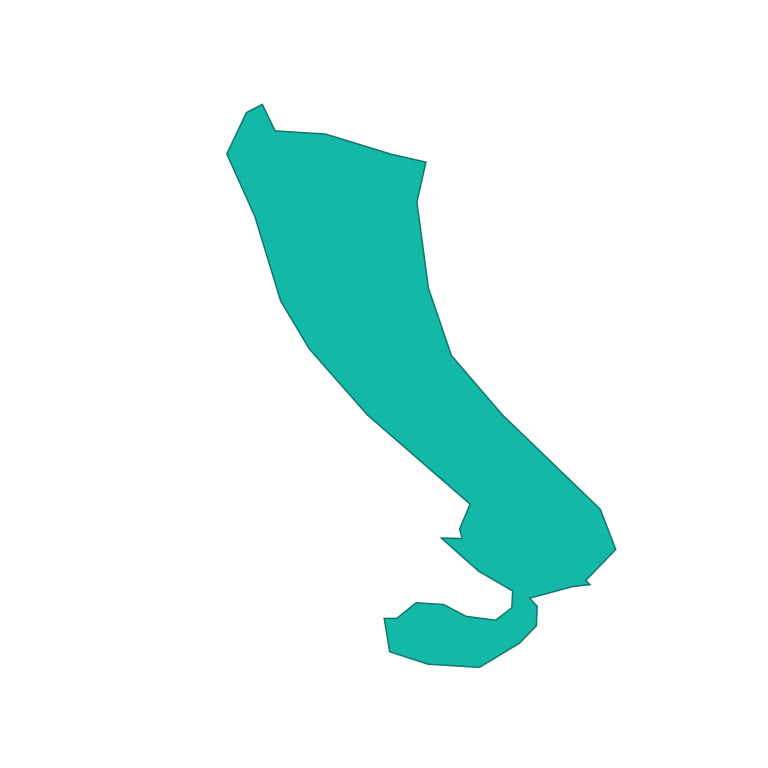 map outline of Butel (orthographic projection), rotated 314°
{"feature_id": "MKD-2921", "entity_name": "Butel", "entity_type": "Municipality", "adm_level": 1, "iso_a3": "MKD", "parent_name": "North Macedonia", "parent_adm1": "", "projection": "orthographic", "projection_center": [21.441, 42.07], "detail": "fine", "context": "isolated", "style": "filled", "palette": "teal", "viewbox_px": 768, "rotation_deg": 314, "n_neighbors": 0, "source": "natural_earth", "source_scale": "10m", "svg_char_len": 710}
<svg xmlns="http://www.w3.org/2000/svg" viewBox="0 0 768 768"><g transform="rotate(314 384 384)"><path d="M313.0,532.3L316.3,535.7L327.2,547.7L332.0,539.2L357.4,529.4L350.2,393.3L357.4,305.7L371.9,252.1L415.0,174.4L440.3,111.1L483.7,96.5L500.6,102.2L490.4,129.8L523.2,168.4L554.0,229.1L572.7,260.1L537.8,281.2L483.8,349.4L451.3,412.7L444.0,490.5L444.1,534.3L444.1,573.2L444.1,626.7L426.0,665.6L382.8,665.6L382.8,671.5L368.6,659.9L338.1,641.8L331.1,637.5L330.5,648.6L316.0,661.5L291.6,661.5L246.5,649.5L213.0,610.3L195.3,574.1L215.5,547.0L224.3,556.0L249.0,559.1L266.8,580.1L273.8,604.3L291.6,628.4L311.8,631.4L324.5,620.3L315.1,582.2L313.0,532.3Z" fill="#14b8a6" stroke="#0f766e" stroke-width="1.5"/></g></svg>